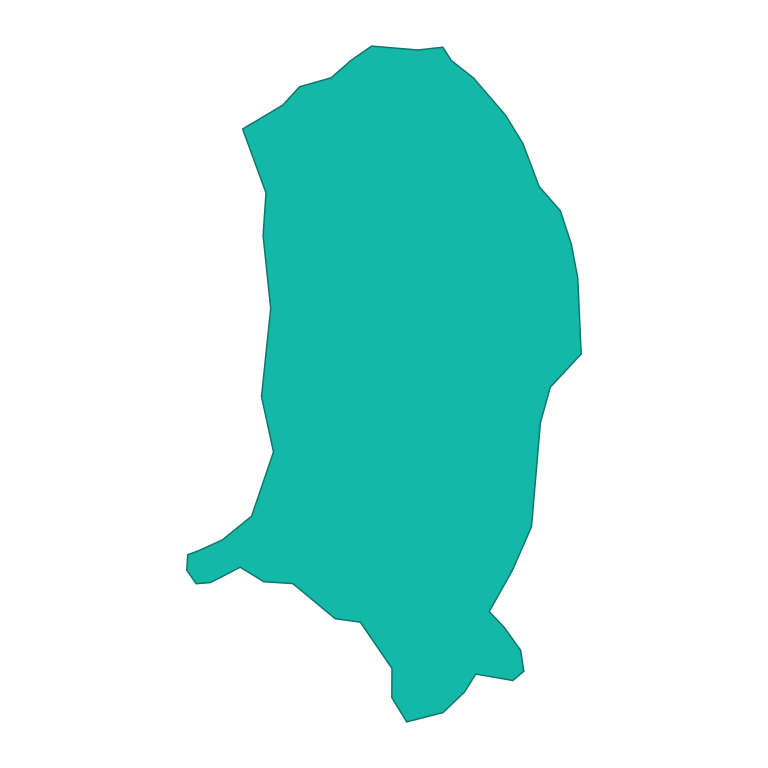 Mefou-et-Akono, Centre, Cameroon
{"feature_id": "32672807B65731125326388", "entity_name": "Mefou-et-Akono", "entity_type": "district", "adm_level": 2, "iso_a3": "CMR", "parent_name": "Cameroon", "parent_adm1": "Centre", "projection": "robinson", "projection_center": [11.352, 3.593], "detail": "fine", "context": "isolated", "style": "filled", "palette": "teal", "viewbox_px": 768, "rotation_deg": 0, "n_neighbors": 0, "source": "geoboundaries", "source_scale": "gbopen_adm2", "svg_char_len": 760}
<svg xmlns="http://www.w3.org/2000/svg" viewBox="0 0 768 768"><path d="M242.6,129.0L250.8,151.4L266.0,192.9L263.1,235.7L270.7,308.4L261.5,396.6L273.5,451.9L251.6,516.2L222.2,540.0L197.4,551.2L187.7,554.7L186.8,570.3L196.1,583.7L210.4,582.6L240.2,567.2L263.7,581.7L292.8,583.6L335.2,618.7L360.3,622.2L392.0,668.5L391.8,697.6L406.7,721.9L438.3,713.8L443.0,712.6L464.5,692.0L475.8,674.1L512.9,680.5L523.8,671.2L520.7,650.4L504.0,627.1L489.2,611.6L512.3,570.5L531.5,526.8L539.6,432.0L540.4,422.7L550.3,387.2L581.2,354.0L577.8,278.3L571.4,244.4L560.4,210.8L539.2,186.6L522.9,143.5L505.6,115.3L473.5,78.0L451.4,60.6L442.8,47.2L417.7,50.0L371.6,46.1L351.5,60.0L331.1,77.8L299.5,86.8L282.9,105.0L242.6,129.0Z" fill="#14b8a6" stroke="#0f766e" stroke-width="1.5"/></svg>